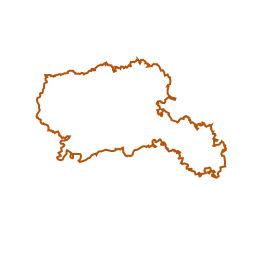 Jhenaidah, Khulna, Bangladesh, rotated 241°
{"feature_id": "16705992B77509092527129", "entity_name": "Jhenaidah", "entity_type": "district", "adm_level": 2, "iso_a3": "BGD", "parent_name": "Bangladesh", "parent_adm1": "Khulna", "projection": "albers", "projection_center": [89.072, 23.495], "detail": "fine", "context": "isolated", "style": "outline", "palette": "amber", "viewbox_px": 256, "rotation_deg": 241, "n_neighbors": 0, "source": "geoboundaries", "source_scale": "gbopen_adm2", "svg_char_len": 5878}
<svg xmlns="http://www.w3.org/2000/svg" viewBox="0 0 256 256"><g transform="rotate(241 128 128)"><path d="M59.1,162.4L59.3,163.2L57.6,165.2L54.7,164.6L53.7,166.9L54.4,167.7L54.3,168.4L53.0,168.2L51.4,167.1L50.8,167.3L51.0,168.7L52.2,169.3L52.6,169.9L51.6,171.3L50.9,174.2L53.7,174.1L55.3,176.0L54.3,177.8L54.0,179.9L52.9,180.5L51.3,180.1L49.9,178.4L50.6,176.5L49.5,176.6L48.9,177.0L49.5,177.9L49.6,181.1L49.2,182.2L47.5,182.5L47.7,180.9L46.3,180.2L44.2,180.7L44.5,179.5L45.9,178.7L45.0,178.3L41.6,181.3L41.9,183.9L44.5,184.4L45.6,185.9L45.5,187.9L46.3,188.7L48.8,189.7L47.3,194.4L48.8,194.7L50.9,196.2L56.3,198.4L57.6,198.0L57.9,196.8L60.2,197.1L62.4,199.9L61.4,200.1L62.0,201.0L61.2,201.0L61.4,202.8L62.2,202.9L62.5,203.8L63.5,203.7L63.7,203.3L64.9,203.5L65.4,204.5L65.7,204.5L65.8,203.6L69.0,204.4L70.9,203.6L70.1,202.7L70.3,201.7L69.6,200.9L69.5,199.1L70.6,196.2L70.2,195.9L70.5,194.4L71.1,194.0L71.4,195.2L75.2,197.1L73.8,199.3L74.1,200.3L77.3,197.5L78.2,199.3L79.3,200.4L79.4,201.1L80.7,201.2L81.6,199.5L83.0,199.9L83.5,200.8L83.8,200.1L87.0,200.1L87.2,200.7L89.5,201.5L90.1,202.3L90.0,200.9L91.1,200.8L91.1,197.1L92.5,196.6L95.3,196.9L96.7,195.7L95.2,194.4L94.7,194.6L94.8,193.0L95.3,192.7L95.6,193.4L96.4,192.1L97.0,192.6L97.5,190.1L96.5,189.4L96.2,188.5L95.5,189.0L95.8,188.7L94.3,188.0L93.6,188.8L93.3,187.9L97.4,187.4L98.8,188.4L101.6,187.2L101.9,185.5L103.3,186.0L103.4,185.5L104.7,186.0L105.1,185.6L105.3,186.1L106.1,185.7L106.8,186.3L107.2,185.7L108.1,186.1L109.1,185.1L110.0,185.0L110.5,183.7L110.1,183.3L110.4,182.5L109.7,181.7L109.9,181.2L109.0,180.9L110.6,179.1L110.0,176.4L109.1,175.6L108.8,173.9L110.0,173.6L113.7,170.0L115.0,170.3L120.0,169.8L120.1,170.4L121.3,170.9L123.7,169.1L127.4,168.0L127.7,166.9L125.6,166.5L124.9,164.9L123.2,164.6L122.1,163.3L122.6,162.8L124.2,162.9L124.6,162.1L125.1,162.4L124.9,161.6L125.7,161.4L126.9,161.4L127.6,162.3L129.3,162.1L129.0,165.3L131.9,166.1L132.5,165.7L132.5,166.3L133.0,165.4L134.0,165.6L135.3,164.8L135.9,165.5L135.5,166.6L136.4,166.6L136.7,167.3L135.8,169.4L134.3,169.4L133.9,170.2L133.1,170.2L132.2,171.9L132.7,173.2L134.6,174.3L135.3,178.5L132.6,180.0L129.9,182.7L130.9,183.8L133.6,180.8L136.3,179.6L138.7,179.3L142.1,181.1L144.6,183.5L145.3,183.3L145.5,182.5L146.2,183.4L146.0,186.1L148.4,187.8L152.0,189.2L152.7,188.2L155.6,188.6L156.0,185.6L159.5,186.7L161.8,186.3L162.2,184.6L166.5,185.1L168.1,184.8L168.7,184.2L169.6,184.4L171.5,181.3L171.3,179.9L170.6,179.2L172.2,174.8L173.1,177.0L174.3,176.1L174.8,176.4L175.4,175.4L176.5,175.2L176.5,174.7L177.5,175.4L180.1,174.2L180.7,173.6L181.1,172.2L180.4,171.3L179.4,171.1L178.6,169.7L179.9,169.6L180.8,170.3L183.3,169.8L182.7,169.6L183.2,168.6L182.6,167.4L182.5,165.5L183.5,164.7L183.6,163.5L184.4,162.5L182.7,160.8L180.8,160.6L180.9,159.9L182.4,159.1L181.3,156.4L182.9,155.5L182.2,154.1L182.3,153.3L184.1,153.2L185.1,151.8L183.6,150.2L184.2,150.1L185.0,148.6L186.9,147.8L187.7,146.5L185.9,146.0L185.8,145.1L183.9,145.0L184.0,143.0L185.8,143.0L188.7,144.3L189.3,143.6L190.7,143.8L192.6,141.3L193.9,141.0L193.4,140.7L194.3,140.3L194.2,139.8L195.2,140.1L194.5,139.0L195.8,139.1L195.7,136.5L195.3,136.2L195.6,135.4L196.6,135.1L196.8,131.5L196.0,128.1L194.5,127.3L195.3,125.5L196.7,126.0L197.3,124.8L195.8,123.2L196.8,121.7L195.8,119.2L196.6,116.2L196.3,115.5L197.7,115.3L198.6,114.2L198.5,111.9L199.5,111.2L200.8,108.6L201.3,108.2L201.9,108.6L203.7,107.5L204.6,107.8L206.3,104.9L206.4,102.6L205.3,102.0L206.1,99.5L206.6,99.2L207.0,94.9L207.7,95.0L208.3,94.2L209.0,90.5L209.5,89.8L209.3,88.8L208.8,88.8L208.9,88.1L209.4,88.2L210.7,85.7L211.7,86.0L214.4,81.3L213.4,81.1L211.7,81.9L211.6,80.1L211.2,79.7L209.9,79.2L208.3,79.6L207.4,79.2L207.6,77.2L207.1,76.0L203.5,73.7L202.6,72.1L200.4,70.5L200.3,69.5L200.9,68.5L200.6,67.6L198.6,66.9L197.9,65.9L198.0,63.3L197.3,62.2L194.4,61.3L190.9,61.3L188.7,59.9L186.4,59.5L184.3,55.6L182.5,53.6L180.7,53.5L180.4,54.3L178.6,54.5L177.6,55.7L175.4,54.4L173.5,54.8L172.9,55.5L173.0,56.4L171.7,56.6L170.4,58.4L168.7,59.1L166.7,58.7L165.5,57.7L164.8,57.9L164.5,57.4L164.1,58.4L163.1,58.8L162.8,60.0L161.1,60.1L161.3,61.1L159.1,61.4L159.4,62.7L158.9,65.1L155.8,65.1L155.6,64.6L154.5,64.3L153.6,65.2L151.3,65.3L151.3,66.7L149.5,67.8L150.3,70.6L148.9,73.0L147.9,71.5L147.2,68.9L147.6,66.9L148.9,64.4L149.0,63.1L148.4,61.9L147.0,61.6L145.5,63.7L143.9,64.1L143.4,63.6L142.9,59.8L139.9,58.9L139.9,55.2L136.3,55.7L136.7,51.8L135.7,51.5L134.2,51.8L132.4,53.5L132.1,55.5L133.9,58.1L135.3,61.8L137.6,63.1L138.1,63.9L134.1,66.1L132.6,65.4L130.9,63.6L129.9,63.7L128.4,64.9L128.6,65.6L132.1,67.3L128.4,73.5L126.7,73.5L125.2,72.5L123.7,70.8L123.3,68.9L121.7,69.3L120.7,73.4L120.5,76.6L121.0,78.0L120.4,79.9L121.9,83.5L121.1,87.6L119.9,87.4L121.1,89.2L121.5,91.5L120.5,93.3L119.8,98.0L116.0,102.2L114.9,104.1L114.6,106.2L115.7,107.1L114.6,108.0L114.0,110.0L112.9,110.7L113.4,113.3L113.2,114.0L108.6,112.0L107.5,112.5L105.5,112.3L103.7,113.6L103.9,114.5L102.3,116.5L102.1,117.7L102.6,119.1L104.8,121.5L105.4,123.1L104.4,126.1L104.9,131.6L103.9,133.8L102.4,135.1L102.8,135.8L102.7,137.3L101.0,137.3L101.2,141.0L98.5,142.1L98.1,142.9L98.3,143.5L100.3,142.4L102.7,142.1L104.8,143.2L105.1,143.9L104.7,145.7L103.9,145.9L102.5,145.1L102.1,145.6L102.3,146.4L101.8,148.2L102.7,149.7L102.3,150.7L98.8,150.8L98.0,149.2L97.3,148.9L96.1,150.6L98.1,150.9L98.2,152.2L97.7,152.7L94.7,152.7L92.4,151.4L91.9,152.1L91.0,151.9L90.7,152.7L89.2,152.5L89.3,152.1L87.8,152.4L87.0,154.9L87.3,156.4L86.5,156.7L86.6,157.3L85.4,157.5L85.9,158.0L85.5,158.4L84.8,158.1L83.9,158.8L83.5,160.0L84.0,159.4L83.7,160.6L82.0,161.3L82.7,159.4L82.3,158.9L81.4,161.2L80.1,160.1L78.5,160.0L77.2,158.5L76.7,156.9L76.4,158.6L74.9,161.3L72.3,158.6L72.3,157.8L71.8,157.3L71.1,158.0L70.1,157.9L69.7,160.1L67.4,162.3L66.4,162.5L65.6,162.0L65.5,160.3L64.0,159.6L61.0,164.6L62.5,161.5L62.2,161.1L61.8,161.0L60.0,162.8L59.5,163.0L59.1,162.4Z" fill="none" stroke="#b45309" stroke-width="2"/></g></svg>